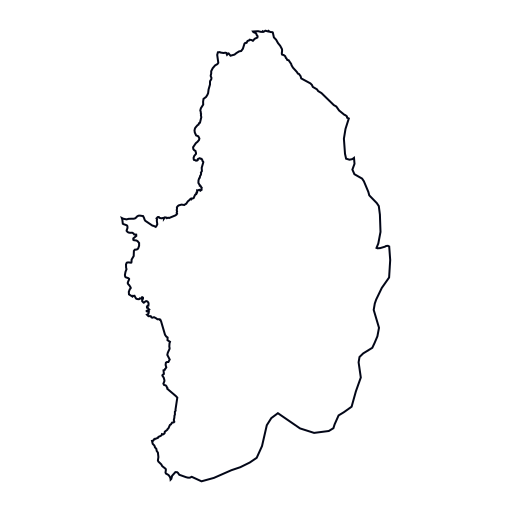 Kayes, Kayes, Mali
{"feature_id": "8926073B46590111149246", "entity_name": "Kayes", "entity_type": "district", "adm_level": 2, "iso_a3": "MLI", "parent_name": "Mali", "parent_adm1": "Kayes", "projection": "natural_earth1", "projection_center": [-11.81, 14.583], "detail": "fine", "context": "isolated", "style": "outline", "palette": "ink", "viewbox_px": 512, "rotation_deg": 0, "n_neighbors": 0, "source": "geoboundaries", "source_scale": "gbopen_adm2", "svg_char_len": 6022}
<svg xmlns="http://www.w3.org/2000/svg" viewBox="0 0 512 512"><path d="M389.2,246.5L387.9,245.8L386.1,246.0L384.9,246.7L380.2,248.1L377.5,248.3L376.5,247.9L378.3,243.5L380.5,231.9L379.9,214.6L378.8,206.1L376.8,203.1L369.3,195.4L368.3,191.8L363.9,181.3L362.1,178.6L354.4,174.2L352.4,169.6L354.5,163.8L354.0,157.9L352.4,159.1L349.5,159.7L346.1,158.7L345.0,153.8L343.9,138.7L345.5,128.9L348.8,118.5L347.1,117.7L346.9,116.4L345.3,115.1L344.5,114.9L339.1,110.5L336.3,106.5L333.8,105.1L321.5,93.1L318.2,91.1L316.9,89.3L312.8,86.9L311.9,84.9L310.4,83.4L301.2,78.4L300.6,76.2L299.0,74.0L297.9,73.6L296.8,71.9L292.9,67.6L291.5,65.2L291.2,64.0L288.6,60.2L287.3,60.0L286.4,58.3L285.9,58.0L285.2,56.2L283.6,55.0L282.2,54.7L281.9,54.2L281.8,53.2L282.1,50.8L282.0,49.2L280.2,45.8L278.0,43.1L276.1,39.7L273.9,37.4L272.8,32.5L272.4,32.2L270.2,32.0L268.5,30.9L268.2,31.5L265.4,30.7L263.6,31.8L262.8,31.3L262.5,31.9L260.6,31.8L258.1,31.2L253.0,31.5L253.4,32.1L255.7,33.1L256.2,33.6L256.6,34.8L257.6,36.2L257.4,37.5L254.7,38.8L252.9,40.8L251.7,40.1L249.6,39.7L249.0,40.5L247.6,40.9L246.5,42.9L245.3,42.9L244.5,43.6L242.9,48.7L241.2,51.0L239.1,51.4L236.5,53.0L234.5,54.6L230.5,55.7L228.6,53.4L228.0,53.6L227.0,54.8L226.8,54.4L226.8,53.4L226.5,53.0L225.4,52.7L223.5,53.0L220.3,52.5L219.8,52.1L217.9,52.3L217.2,54.9L218.3,62.8L217.4,64.1L215.1,65.4L212.7,68.2L211.2,71.2L211.2,73.5L210.7,75.6L210.9,76.7L211.4,77.6L211.4,78.5L211.2,79.4L210.2,80.9L210.0,81.8L210.0,84.5L208.6,89.4L208.1,93.2L207.4,94.8L206.1,96.9L203.5,98.9L203.1,101.7L203.2,104.6L200.9,108.2L200.3,110.4L200.8,112.1L200.8,113.3L201.1,113.9L200.9,115.2L201.3,117.2L200.0,122.6L199.8,122.9L198.9,123.3L198.6,124.5L197.4,125.3L195.7,127.3L195.0,128.3L194.5,130.4L194.8,132.5L196.1,135.4L198.3,136.3L199.4,138.5L199.0,140.0L197.5,141.8L195.8,143.2L193.1,147.2L193.3,149.0L194.0,150.0L195.5,151.0L196.0,153.0L196.0,153.8L194.2,156.0L193.6,157.8L193.7,159.2L194.1,160.0L195.0,160.1L196.0,160.7L197.2,160.5L197.7,160.1L197.6,159.5L198.1,158.9L199.8,158.2L200.7,158.8L201.5,158.8L202.2,159.8L202.5,161.0L203.2,161.7L203.3,162.3L201.7,167.8L201.9,171.1L200.9,172.7L201.1,173.5L200.9,174.7L200.0,176.2L199.8,177.8L199.2,178.2L198.5,180.4L198.4,182.9L199.5,184.8L199.8,185.0L199.8,185.8L200.7,186.1L201.2,187.2L201.7,187.6L201.5,189.0L201.6,189.8L200.3,190.7L199.7,189.8L198.7,190.0L198.1,190.4L197.1,190.3L197.1,192.5L196.8,193.0L196.4,192.9L196.2,194.2L195.6,194.3L195.0,195.0L193.6,198.1L192.0,198.7L191.4,198.5L191.1,199.3L190.6,199.0L190.0,199.3L189.7,199.8L187.8,201.4L186.2,203.8L185.6,204.0L184.3,205.0L181.5,204.6L178.7,205.4L177.8,206.1L176.9,207.3L177.0,208.6L176.7,210.2L177.1,211.3L176.7,212.5L177.1,213.7L176.6,214.1L176.5,214.6L175.4,215.4L169.1,218.0L168.1,217.7L166.8,218.2L166.1,217.5L164.8,217.4L163.9,218.7L163.9,217.8L161.3,218.3L159.3,217.8L158.8,217.0L157.7,217.1L156.5,218.4L157.0,219.3L156.8,220.8L157.3,224.2L156.5,225.9L155.7,226.9L153.7,225.9L152.4,225.6L145.3,220.8L144.6,219.7L144.1,218.1L143.1,216.1L139.9,215.6L138.5,215.7L137.3,216.3L135.4,218.2L133.9,218.7L128.8,218.8L126.5,219.4L123.2,218.7L121.8,218.0L122.3,219.5L122.8,223.7L123.4,224.1L126.5,225.2L127.1,225.6L127.4,226.3L127.5,227.9L126.7,230.2L126.6,230.8L127.6,232.0L128.5,232.5L130.0,232.8L132.1,232.7L133.4,233.4L134.2,234.5L136.2,234.6L136.3,235.9L133.3,238.4L133.3,239.8L133.9,240.2L136.4,240.5L137.6,241.2L139.1,243.0L139.1,245.8L138.1,248.6L136.8,249.5L134.8,249.7L133.9,250.9L133.7,256.0L131.6,259.6L131.5,262.0L131.3,262.6L130.7,262.7L128.8,262.4L127.2,262.5L126.7,262.8L126.0,264.4L126.1,267.6L126.5,269.2L125.5,271.8L124.9,275.0L125.2,276.7L125.8,277.3L128.4,278.2L129.1,278.8L129.1,279.4L128.1,281.7L127.7,283.0L128.2,284.2L129.3,285.3L130.7,287.6L130.7,288.2L129.7,289.4L128.8,291.9L129.0,294.4L132.5,296.6L133.0,295.8L133.9,296.0L134.5,295.8L136.0,298.5L137.0,299.0L138.4,299.2L139.2,299.1L139.9,298.3L141.3,298.7L141.7,298.4L141.9,297.3L142.4,297.2L143.0,297.7L143.0,298.6L142.3,299.9L142.1,301.0L143.2,302.3L143.8,302.7L145.6,301.3L146.3,301.1L147.4,301.5L148.3,302.5L148.6,303.8L148.4,305.7L147.5,305.8L146.9,306.8L147.0,307.7L148.0,308.0L148.4,308.8L149.3,309.6L148.6,310.5L147.3,310.5L146.6,311.0L146.7,311.3L148.4,311.5L148.9,311.9L148.4,313.0L148.5,313.6L148.0,314.2L147.0,314.7L148.5,316.2L150.2,316.1L150.9,316.3L151.4,317.3L152.2,317.7L154.0,317.2L155.8,318.1L157.5,319.3L159.2,319.2L159.8,319.4L160.0,319.9L160.4,319.8L161.1,321.4L165.0,334.7L166.2,336.5L167.6,337.5L167.5,340.2L170.0,341.8L169.5,343.3L169.3,346.5L169.6,348.2L169.5,349.0L167.8,352.7L167.3,354.9L169.7,359.5L168.4,362.0L166.7,362.1L165.9,362.7L165.6,364.9L166.3,367.4L165.5,368.6L165.1,368.9L164.8,369.8L163.5,370.3L163.9,373.9L162.5,375.0L162.4,375.3L162.4,375.7L163.7,377.6L164.4,380.2L164.4,381.1L163.4,383.7L164.1,385.0L165.7,385.4L166.5,386.3L167.1,387.8L167.4,388.0L167.3,388.8L176.0,396.2L177.3,397.6L175.5,409.6L175.6,410.7L174.9,411.7L174.9,414.7L174.5,415.5L174.3,417.9L173.8,420.0L174.3,421.8L173.7,422.4L172.1,422.6L170.9,424.4L169.9,425.0L168.4,428.4L167.6,429.0L167.3,429.8L164.8,431.7L164.6,433.2L163.8,434.0L163.1,434.4L162.0,434.1L161.9,434.8L160.7,435.9L158.4,436.9L158.0,437.8L155.5,438.8L154.9,438.8L154.6,439.3L154.0,439.3L153.2,440.7L152.0,440.9L152.7,443.8L154.3,445.5L154.8,446.5L154.9,447.3L156.3,448.8L156.7,450.9L157.9,452.6L158.4,457.1L157.9,460.4L158.3,461.5L161.3,464.4L162.2,466.1L165.6,468.8L165.9,469.8L165.5,472.5L165.9,473.5L168.5,475.0L169.8,476.7L170.5,478.5L170.6,479.6L171.3,478.9L172.1,475.8L175.4,472.1L177.1,472.2L177.9,472.8L179.3,474.8L180.5,475.2L186.1,477.2L188.1,477.7L189.8,477.7L191.7,476.8L201.5,481.3L213.9,477.9L231.4,470.2L240.3,467.2L249.8,462.5L256.7,457.8L262.0,446.1L266.8,425.2L271.3,418.1L277.9,413.2L300.0,428.4L314.1,432.9L328.8,431.0L333.4,428.2L334.6,424.4L338.6,415.4L343.9,412.2L351.6,406.7L355.9,391.3L360.8,377.5L358.6,362.3L359.5,357.0L363.2,353.4L372.3,347.8L374.6,342.9L377.4,336.3L379.0,327.8L373.7,309.9L374.8,303.5L376.2,299.5L381.8,287.9L389.1,277.5L390.2,260.0L389.2,246.5Z" fill="none" stroke="#020617" stroke-width="2"/></svg>